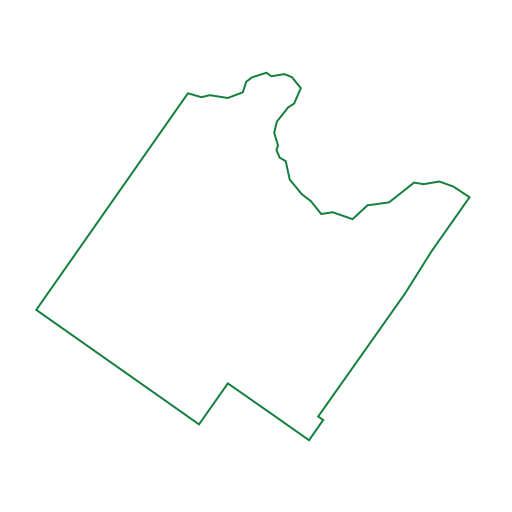 Roger Mills, Oklahoma, United States of America, rotated 35°
{"feature_id": "52423323B14200891286465", "entity_name": "Roger Mills", "entity_type": "district", "adm_level": 2, "iso_a3": "USA", "parent_name": "United States of America", "parent_adm1": "Oklahoma", "projection": "mercator", "projection_center": [-99.698, 35.717], "detail": "fine", "context": "isolated", "style": "outline", "palette": "green", "viewbox_px": 512, "rotation_deg": 35, "n_neighbors": 0, "source": "geoboundaries", "source_scale": "gbopen_adm2", "svg_char_len": 685}
<svg xmlns="http://www.w3.org/2000/svg" viewBox="0 0 512 512"><g transform="rotate(35 256 256)"><path d="M106.9,426.2L305.9,426.6L306.0,376.5L363.6,376.4L405.1,376.5L405.1,351.8L399.0,351.8L399.6,201.5L397.1,151.4L397.2,85.4L377.9,85.9L363.5,89.8L352.0,101.1L343.4,105.2L334.2,135.8L318.2,150.6L314.0,170.4L293.7,176.2L285.3,184.2L269.6,179.6L258.1,179.1L239.7,174.0L225.9,161.2L219.1,161.9L212.1,157.6L210.6,152.8L200.2,144.6L196.0,134.0L197.1,115.8L199.8,109.3L196.4,92.8L183.0,88.9L175.0,90.7L165.5,99.9L159.4,99.9L150.1,112.2L148.1,118.9L151.3,129.5L142.2,142.8L126.0,150.7L120.2,157.2L106.9,161.8L106.9,312.9L106.9,426.2Z" fill="none" stroke="#15803d" stroke-width="2"/></g></svg>